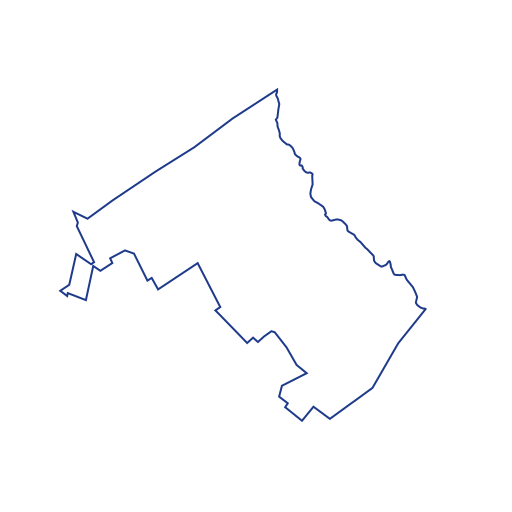 outline of Windsor, Vermont, United States of America, rotated 307°
{"feature_id": "52423323B43011596920250", "entity_name": "Windsor", "entity_type": "district", "adm_level": 2, "iso_a3": "USA", "parent_name": "United States of America", "parent_adm1": "Vermont", "projection": "robinson", "projection_center": [-72.472, 43.592], "detail": "fine", "context": "isolated", "style": "outline", "palette": "blue", "viewbox_px": 512, "rotation_deg": 307, "n_neighbors": 0, "source": "geoboundaries", "source_scale": "gbopen_adm2", "svg_char_len": 2310}
<svg xmlns="http://www.w3.org/2000/svg" viewBox="0 0 512 512"><g transform="rotate(307 256 256)"><path d="M401.6,172.7L351.9,154.6L305.8,141.3L262.8,124.9L214.4,108.1L184.4,99.0L181.4,83.6L175.5,93.6L172.0,94.9L153.6,130.4L150.2,129.2L149.4,111.2L120.6,124.2L110.4,120.6L110.4,129.3L113.1,128.0L118.4,146.7L150.1,132.0L150.5,140.6L163.9,145.5L166.4,140.9L181.6,148.0L184.5,157.1L171.0,184.1L175.7,185.9L170.4,197.9L215.2,213.7L193.7,258.2L188.1,256.3L187.3,262.0L181.2,301.3L189.0,302.8L188.5,309.3L196.8,310.9L205.2,313.6L206.4,316.8L201.4,335.4L193.4,354.0L192.9,367.0L168.0,354.8L157.6,359.1L157.5,370.0L152.8,370.3L152.1,391.9L170.2,392.6L170.4,413.0L194.3,420.3L203.9,423.3L220.8,428.4L271.9,422.1L315.7,423.4L315.8,423.3L315.6,422.5L314.6,421.0L313.8,418.2L313.9,414.2L314.7,412.1L315.2,411.6L320.3,409.3L322.6,405.6L325.5,400.2L327.8,390.6L330.2,386.2L330.0,385.4L329.3,384.3L327.5,382.7L325.2,379.3L324.6,378.1L324.5,377.5L325.0,376.2L325.9,374.6L326.0,374.6L328.1,370.9L328.7,370.0L330.2,368.7L331.9,366.6L332.2,365.7L331.4,365.2L328.3,365.3L327.0,365.1L323.4,363.0L322.9,362.3L322.8,361.5L322.4,356.5L322.6,354.8L323.5,352.9L326.5,350.3L327.0,349.4L327.8,344.1L328.4,340.5L328.4,338.5L329.8,332.1L330.0,331.2L330.1,327.6L330.7,324.8L331.7,322.6L332.0,321.7L331.2,315.3L331.3,314.2L331.6,313.5L334.3,311.0L334.8,310.2L335.3,308.3L335.8,304.3L335.8,302.9L335.6,302.1L334.2,298.9L332.4,297.2L329.8,295.2L329.0,293.9L329.0,292.7L330.0,289.4L329.9,287.8L330.6,286.2L331.9,286.3L332.5,285.8L334.7,282.6L335.8,279.9L335.5,273.4L334.9,269.9L335.0,269.1L336.2,264.4L338.5,261.9L342.0,260.0L347.3,258.1L353.9,252.6L354.9,252.3L355.3,252.0L355.6,251.1L355.4,249.4L355.4,249.2L354.9,248.4L353.7,247.5L353.0,245.6L353.1,243.4L353.9,240.7L355.1,239.8L355.8,238.1L355.7,237.8L354.9,237.0L354.9,236.2L355.1,235.8L355.7,235.2L357.6,234.2L360.3,233.2L360.7,232.4L360.8,230.6L360.4,229.3L360.7,226.2L361.2,225.1L361.9,224.5L363.8,221.3L364.4,219.9L364.7,217.8L364.8,215.9L364.4,214.5L363.7,213.6L363.9,209.2L364.0,207.7L364.9,204.5L366.1,202.7L367.9,201.5L368.9,200.4L370.9,197.7L371.7,196.2L373.6,194.2L375.0,193.1L376.8,189.8L379.4,189.8L386.6,185.6L391.3,183.2L394.7,178.8L395.3,177.8L396.0,176.1L396.8,175.1L397.4,174.7L399.5,174.2L400.7,173.4L401.6,172.7Z" fill="none" stroke="#1e3a8a" stroke-width="2"/></g></svg>